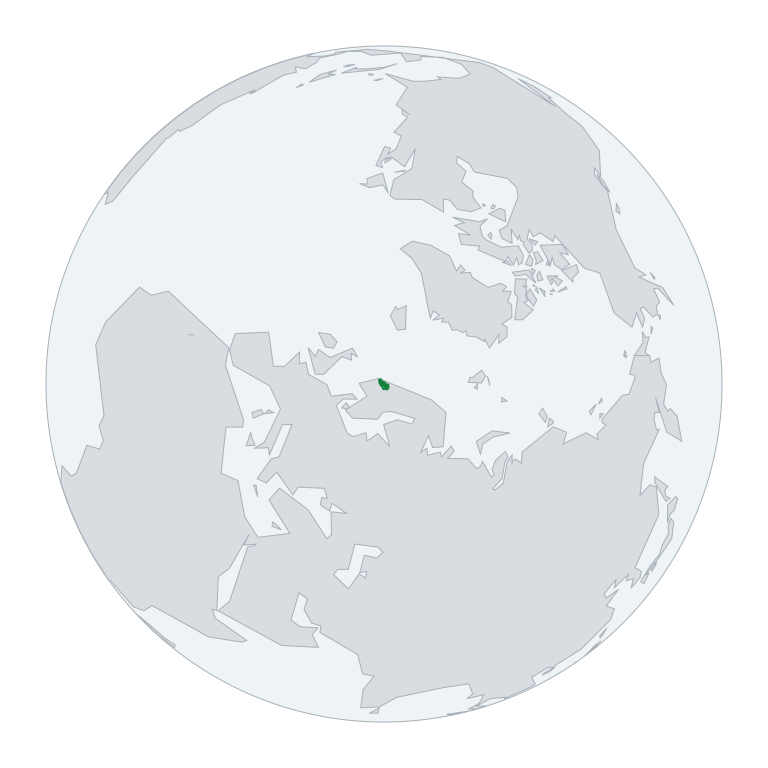 globe centered on Møre og Romsdal, rotated 80°
{"feature_id": "NOR-910", "entity_name": "Møre og Romsdal", "entity_type": "County", "adm_level": 1, "iso_a3": "NOR", "parent_name": "Norway", "parent_adm1": "", "projection": "orthographic", "projection_center": [7.305, 62.718], "detail": "fine", "context": "on_globe", "style": "filled", "palette": "green", "viewbox_px": 768, "rotation_deg": 80, "n_neighbors": 0, "source": "natural_earth", "source_scale": "10m", "svg_char_len": 15464}
<svg xmlns="http://www.w3.org/2000/svg" viewBox="0 0 768 768"><g transform="rotate(80 384 384)"><circle cx="384" cy="384" r="338" fill="#eef3f6" stroke="#a8b0b8"/><path d="M46.3,396.2L48.4,402.7L50.7,385.0L50.7,376.2L48.9,373.9L51.6,342.0L56.3,323.9L84.1,234.1L91.2,221.8L97.9,214.4L140.7,166.8L106.6,198.8L116.8,184.9L131.3,169.6L130.9,172.2L150.8,156.6L164.6,144.1L191.6,131.4L216.5,134.6L207.5,139.4L214.5,140.1L226.3,134.3L232.4,130.4L272.6,128.5L313.0,116.9L322.0,107.2L323.0,114.4L337.4,92.8L356.9,84.9L337.2,97.7L336.9,102.0L351.3,98.3L354.1,102.0L362.7,102.5L364.8,107.5L353.1,115.2L354.3,118.7L364.4,115.9L372.9,119.5L357.9,123.0L371.1,129.9L354.0,145.0L312.2,152.2L304.8,166.5L267.4,190.1L273.0,192.7L262.3,204.0L264.8,211.5L257.1,214.2L265.7,217.9L272.2,214.0L278.2,214.5L280.2,218.6L270.8,222.7L268.4,221.2L266.8,224.5L261.2,224.8L265.1,227.1L253.5,231.8L267.9,233.5L261.1,242.5L252.6,244.0L249.8,235.5L223.0,219.4L213.5,219.1L203.0,226.7L190.9,258.2L182.0,261.6L172.5,272.4L179.1,274.0L188.8,266.3L198.7,272.5L209.4,262.8L215.0,264.1L227.5,258.0L229.5,268.1L224.7,281.4L214.5,287.2L212.1,293.4L225.0,295.6L209.0,314.5L203.8,341.2L199.3,345.4L184.6,338.9L176.5,318.9L157.5,312.3L173.7,326.1L162.0,337.1L161.7,343.1L164.6,348.3L170.6,348.0L167.4,354.0L150.2,342.1L152.8,336.5L158.3,340.2L154.4,331.0L142.7,324.0L137.7,330.5L125.3,314.4L121.5,319.1L116.8,318.4L123.5,311.9L111.1,323.6L95.8,309.3L78.5,329.0L91.2,302.1L93.1,288.9L93.9,275.0L90.9,277.9L96.1,256.8L93.7,245.2L82.6,252.2L72.6,269.1L67.9,290.8L71.3,291.5L70.6,305.9L60.9,310.2L58.0,339.6L52.5,348.4L50.2,362.3L51.3,374.3L51.7,391.0L55.4,394.2L60.0,406.3L56.4,416.2L61.8,416.2L62.4,429.6L73.6,460.1L71.8,459.9L80.8,496.7L96.3,528.6L99.8,541.6L97.4,542.5L104.1,552.9L104.3,555.7L136.0,595.2L156.6,619.0L158.8,627.2L147.3,622.3L148.6,626.5L130.8,607.8L114.5,587.8L99.7,566.6L86.6,544.4L75.2,521.2L65.6,497.3L57.9,472.6L52.1,447.5L48.2,422.0L46.3,396.2ZM73.4,333.2L70.5,372.0L67.3,355.7L68.8,357.5L70.6,346.3L72.2,328.7L70.7,315.2L73.4,333.2ZM82.9,337.5L83.0,331.6L83.6,336.7L82.9,337.5ZM234.6,128.2L226.3,133.8L214.6,137.9L221.2,132.7L234.6,128.2ZM257.3,122.1L254.2,125.5L246.7,123.8L250.8,122.3L257.3,122.1ZM327.8,99.8L320.4,102.5L326.6,98.7L327.8,99.8ZM363.5,101.8L364.7,99.9L368.7,101.0L363.5,101.8ZM225.6,253.0L226.5,255.4L223.7,255.3L225.6,253.0ZM230.1,248.1L226.2,246.1L227.8,243.5L230.1,244.8L230.1,248.1ZM375.5,109.8L381.5,112.4L373.4,111.0L375.5,109.8ZM234.6,251.1L231.0,239.2L233.9,234.8L245.4,235.9L234.6,251.1ZM383.6,114.8L398.3,121.4L402.2,117.7L399.4,132.5L387.9,121.6L377.3,120.4L383.6,118.3L383.6,114.8ZM273.4,211.0L266.6,215.3L270.4,207.9L273.4,211.0ZM274.4,206.2L277.6,183.9L288.7,180.0L285.4,188.1L298.3,180.3L302.2,189.3L296.0,195.6L288.0,196.3L295.5,199.3L274.4,206.2ZM395.6,139.9L397.4,142.8L393.2,141.2L395.6,139.9ZM280.8,214.1L280.5,209.8L290.1,206.0L292.6,214.0L288.7,212.6L280.8,214.1ZM299.8,174.0L307.4,172.8L312.6,179.7L316.3,180.3L303.2,189.2L299.8,174.0ZM287.5,215.6L293.6,218.2L290.9,223.9L281.8,218.1L287.5,215.6ZM291.6,201.7L296.3,200.4L294.5,203.7L291.6,201.7ZM284.9,246.0L284.2,240.6L289.2,238.1L284.9,246.0ZM296.0,218.8L296.9,216.9L298.8,215.4L302.1,218.3L296.0,218.8ZM307.8,193.6L308.4,196.9L313.4,190.3L317.5,195.5L308.1,200.6L313.9,200.6L315.1,202.2L306.0,204.6L307.8,193.6ZM311.2,216.8L300.6,225.5L300.6,235.9L296.2,238.3L296.9,221.2L311.2,216.8ZM308.9,209.4L309.3,214.5L303.6,214.7L299.9,211.4L308.9,209.4ZM323.7,197.2L319.8,187.9L322.0,187.2L323.7,197.2ZM312.3,219.7L314.8,217.6L313.0,220.4L312.3,219.7ZM321.5,204.0L319.8,200.7L322.4,199.9L321.5,204.0ZM321.3,216.1L317.9,218.8L315.2,216.6L321.3,216.1ZM322.3,210.5L326.2,210.2L316.3,214.2L321.1,209.2L322.3,210.5ZM324.1,203.8L325.1,202.2L324.5,205.2L324.1,203.8ZM333.4,223.2L321.6,228.8L315.7,223.7L328.0,219.0L333.4,223.2ZM720.5,352.7L720.7,355.2L719.4,352.1L718.7,357.6L715.1,345.8L707.3,339.6L708.3,356.9L704.6,350.4L694.0,352.5L693.3,377.3L694.8,425.9L701.1,444.7L698.9,463.1L681.3,457.7L670.0,444.4L665.7,455.5L645.8,456.9L617.5,490.3L611.6,488.0L606.7,496.9L592.3,501.9L582.6,496.7L574.8,503.9L600.3,516.6L608.5,508.7L612.6,491.4L618.4,498.1L632.0,494.3L623.7,530.2L578.6,586.7L571.2,573.8L520.9,546.6L520.7,539.9L520.3,539.3L519.5,538.3L518.1,550.0L508.4,542.8L538.6,568.2L545.0,580.6L578.1,588.0L575.7,592.2L585.4,590.8L612.8,563.7L613.6,568.7L602.6,600.6L562.0,650.8L565.6,659.9L559.8,669.5L530.7,687.1L529.5,689.0L524.7,691.2L500.7,701.1L476.1,709.1L450.9,715.2L425.3,719.4L408.5,715.3L420.4,708.2L418.5,702.5L392.8,687.2L398.7,675.3L391.0,670.3L375.7,671.9L366.5,665.2L357.0,664.7L295.2,661.1L274.7,647.4L246.2,608.0L256.2,597.7L255.1,580.3L321.2,530.7L338.5,536.9L394.3,528.6L401.9,530.6L398.9,547.1L443.6,559.9L453.8,544.6L490.8,544.2L513.1,534.8L514.8,502.6L478.2,517.4L468.4,505.0L494.9,480.5L526.4,467.1L523.5,461.9L500.7,458.3L504.9,443.4L492.4,455.9L499.7,459.6L492.1,467.7L485.0,465.0L486.7,459.7L476.4,460.9L470.6,486.5L477.4,493.0L452.1,505.0L461.0,517.1L455.2,525.3L438.1,508.0L437.5,500.0L408.0,481.6L406.4,491.0L434.0,509.2L426.7,508.9L424.7,522.6L420.5,511.9L390.7,490.3L365.9,497.0L339.5,529.1L323.9,530.3L308.6,521.8L313.0,488.6L347.3,489.8L349.3,478.8L338.0,461.7L349.4,463.8L349.0,457.2L361.5,456.6L374.8,440.3L386.9,438.0L388.0,417.0L394.3,413.1L391.8,426.5L396.6,434.8L426.1,428.7L430.5,423.2L428.9,410.3L437.2,410.5L431.8,398.8L446.7,389.1L424.0,391.4L421.5,377.1L428.2,363.6L423.3,359.5L412.3,381.5L411.6,390.0L417.6,396.5L412.1,421.0L402.9,426.4L393.1,402.9L379.0,408.3L377.6,388.3L408.0,340.0L422.8,327.9L456.0,336.7L455.0,347.1L442.5,349.0L457.8,359.9L454.7,352.9L461.7,353.4L461.0,340.4L465.8,340.2L456.8,328.4L462.7,326.7L468.3,334.2L472.3,314.2L483.4,307.6L482.0,303.2L477.3,300.5L494.5,294.3L492.7,291.4L486.3,292.3L478.5,287.2L471.5,276.1L477.9,274.6L481.3,278.3L497.9,284.3L506.0,295.1L507.8,293.4L502.4,283.7L482.1,276.3L476.1,270.1L485.9,272.1L481.9,270.9L480.9,267.3L485.8,262.5L475.1,259.8L455.5,224.8L463.1,212.6L474.1,217.8L467.1,193.4L476.2,182.5L470.3,183.2L463.0,172.6L460.1,175.8L456.7,175.4L436.5,151.0L436.7,144.5L421.4,135.8L418.3,136.2L417.3,140.5L399.4,132.5L402.2,117.7L408.9,117.2L406.1,108.7L421.8,109.1L433.5,105.9L452.4,112.1L460.0,109.4L457.9,106.4L466.8,100.9L492.0,100.8L480.5,113.9L444.4,119.0L459.9,117.8L459.0,122.1L466.2,124.3L476.9,123.5L476.5,120.8L507.2,142.1L538.1,151.2L529.5,139.5L532.7,133.6L560.4,136.1L608.5,168.7L613.1,163.2L619.1,165.5L627.5,175.7L619.1,172.5L620.0,179.6L614.0,176.6L624.7,192.6L616.6,189.0L628.9,203.7L633.4,202.0L627.0,188.8L641.2,203.7L645.4,196.2L655.2,201.5L679.3,235.8L690.0,262.3L692.6,266.1L691.9,272.4L698.5,289.5L705.5,287.1L707.8,292.1L715.0,320.3L713.8,317.3L712.3,333.9L717.3,349.2L718.7,339.6L719.3,342.1L720.5,352.7ZM302.5,562.2L301.7,567.8L302.5,562.2ZM562.8,466.7L579.6,454.7L566.6,441.5L572.0,435.9L565.6,433.7L565.6,440.6L549.1,433.0L554.3,421.5L549.5,414.3L543.6,418.1L536.6,440.5L560.2,451.3L558.6,462.0L562.8,466.7ZM74.1,460.9L75.0,466.4L72.9,461.6L74.1,460.9ZM64.4,357.2L65.0,363.9L64.5,368.8L63.6,364.3L64.4,357.2ZM75.4,411.4L77.2,419.4L74.2,412.7L75.4,411.4ZM70.7,377.9L73.8,405.2L68.1,393.2L66.6,376.1L69.1,385.6L70.7,377.9ZM77.6,340.0L77.4,344.7L75.7,345.3L77.6,340.0ZM83.3,341.3L83.0,339.9L84.1,336.5L83.3,341.3ZM163.0,337.8L164.3,338.9L166.2,344.8L163.0,343.4L163.0,337.8ZM188.1,364.1L182.4,373.3L184.3,365.6L178.8,365.1L175.9,348.6L196.8,346.7L187.8,350.3L188.1,364.1ZM177.9,326.8L177.3,337.0L177.1,325.9L177.9,326.8ZM334.4,422.9L340.0,427.5L337.3,435.3L321.9,439.5L325.8,428.2L334.4,422.9ZM348.6,432.5L343.2,408.7L352.5,405.5L348.2,411.3L354.9,411.6L349.8,420.9L364.0,441.7L362.4,450.0L335.0,452.5L344.8,446.9L338.7,442.5L348.6,432.5ZM313.0,357.7L310.8,348.5L333.8,353.4L333.3,361.5L318.0,365.9L309.7,358.9L313.0,357.7ZM255.5,256.0L253.2,252.9L255.7,251.7L259.9,253.3L255.5,256.0ZM284.2,243.6L268.4,268.1L264.9,265.8L259.9,283.6L248.8,284.5L252.4,272.9L240.1,287.1L238.9,277.0L231.6,287.5L240.8,261.6L239.3,253.4L245.3,262.1L255.5,261.3L259.5,258.6L269.6,244.9L271.3,227.6L281.8,224.5L288.7,227.0L289.9,230.7L282.7,231.4L289.4,235.9L280.0,239.8L284.2,243.6ZM363.8,263.9L355.0,262.1L366.9,273.8L357.5,276.9L359.5,278.0L354.1,284.3L350.9,294.0L346.1,294.1L347.0,297.9L343.4,302.2L342.9,307.5L334.2,309.7L332.9,316.4L329.5,313.6L329.7,324.8L325.6,317.5L320.6,322.8L327.2,327.0L281.2,328.0L265.0,334.7L253.7,344.6L248.3,331.4L255.4,314.1L269.1,297.2L285.5,292.9L280.1,288.0L286.3,284.5L288.0,289.8L289.1,279.7L294.7,278.4L306.9,264.7L305.1,251.4L309.5,246.3L313.0,250.9L314.9,242.6L324.5,247.9L327.9,244.5L340.7,246.5L345.5,257.7L348.9,253.0L358.8,254.6L363.8,263.9ZM336.9,224.1L344.8,236.2L343.5,244.1L321.7,237.4L317.3,239.8L303.3,236.3L305.5,225.1L309.3,227.1L313.5,226.4L311.1,230.2L316.2,226.7L321.6,229.5L326.9,227.6L328.0,232.0L336.9,224.1ZM408.4,523.6L413.8,523.6L421.9,521.6L420.8,530.4L408.4,523.6ZM387.8,509.3L392.5,507.8L394.8,518.8L389.1,519.0L387.8,509.3ZM393.0,497.8L392.5,506.8L389.4,502.1L393.0,497.8ZM395.9,424.5L400.6,422.2L401.9,425.1L400.2,429.9L395.9,424.5ZM397.1,300.7L392.3,298.1L393.2,295.9L387.3,285.5L393.8,282.6L399.9,287.7L397.1,300.7ZM509.8,510.5L504.6,519.0L500.6,517.7L503.2,515.0L509.8,510.5ZM461.5,527.6L473.5,527.9L461.0,530.0L461.5,527.6ZM403.2,295.8L400.1,291.8L405.3,292.9L403.2,295.8ZM398.3,280.0L404.1,280.1L393.9,281.0L398.3,280.0ZM567.8,667.6L579.9,657.1L595.9,644.4L604.7,635.0L607.1,636.0L591.2,650.9L567.8,667.6ZM721.8,374.2L720.2,379.7L720.5,368.9L720.8,357.0L721.8,374.2ZM702.1,444.9L707.3,447.1L705.5,455.0L702.1,444.9ZM692.2,245.4L690.7,242.2L690.9,242.6L692.2,245.4ZM684.6,229.8L685.8,232.1L686.5,233.7L684.6,229.8ZM695.9,270.2L698.2,278.8L696.6,277.0L692.6,265.1L695.9,270.2ZM662.7,206.6L668.9,212.0L671.5,215.2L669.6,215.4L662.7,206.6ZM454.2,268.3L455.2,285.8L460.2,297.1L469.8,301.2L456.7,303.2L449.0,285.7L454.2,268.3ZM454.7,230.2L446.3,227.2L449.5,223.9L451.9,224.1L454.7,230.2ZM449.9,231.6L440.4,236.7L435.4,232.0L443.9,228.9L449.9,231.6ZM422.1,265.9L421.9,271.2L417.7,270.1L422.1,265.9ZM679.9,220.8L685.3,231.5L678.1,221.7L674.6,214.8L681.5,224.7L679.0,219.2L679.9,220.8ZM614.9,152.8L611.6,152.3L606.4,146.3L610.1,148.3L614.9,152.8ZM586.3,127.5L603.9,144.6L617.4,159.4L616.6,156.2L625.8,162.6L623.3,165.6L608.7,152.8L599.6,142.3L591.6,138.4L580.9,129.9L573.0,128.9L566.2,124.9L570.6,122.7L586.3,127.5ZM569.9,129.0L552.3,125.6L545.5,116.1L547.9,114.7L558.8,120.1L561.8,124.8L569.9,129.0ZM546.1,122.1L548.7,126.7L528.3,134.3L522.4,133.6L534.3,122.2L537.4,126.0L543.6,126.0L546.1,122.1ZM400.3,141.3L397.6,142.7L398.1,139.9L400.3,141.3ZM455.2,177.5L450.7,176.4L451.4,173.0L455.2,177.5ZM438.6,171.9L440.9,176.4L435.8,172.2L438.6,171.9ZM446.7,186.7L440.6,178.5L450.2,185.4L446.7,186.7Z" fill="#d9dde1" stroke="#a8b0b8" stroke-width="1"/><path d="M378.9,388.1L379.0,388.0L379.1,387.7L379.3,387.8L379.2,387.6L378.8,387.5L378.7,387.4L378.8,387.1L379.4,387.2L379.5,387.5L379.5,387.3L379.5,387.2L379.8,387.1L380.0,387.0L380.2,387.5L380.0,387.9L380.0,388.1L380.2,387.7L380.3,387.4L380.5,387.6L380.5,387.8L380.7,387.7L381.0,387.7L381.4,387.9L380.6,387.6L380.4,387.1L380.2,387.0L380.2,386.8L380.5,387.0L380.4,386.9L380.3,386.7L380.5,386.4L381.3,386.0L381.5,386.6L381.7,386.8L381.9,387.2L381.9,387.4L381.9,387.6L382.0,387.4L381.8,386.7L381.6,386.4L381.5,386.1L381.5,385.9L381.8,385.9L382.0,386.1L382.0,385.9L381.9,385.8L382.3,385.6L382.8,385.8L382.8,386.1L383.1,386.6L383.2,387.1L383.0,387.5L383.5,387.5L383.2,387.6L383.3,387.2L383.2,386.7L383.3,386.6L383.5,386.6L383.7,386.8L383.9,386.6L384.0,386.6L384.3,386.9L384.2,386.6L383.6,386.5L383.2,386.4L382.9,386.1L383.1,386.0L382.8,385.6L382.5,385.5L382.6,385.4L382.3,385.4L381.8,385.7L381.5,385.7L381.3,385.5L381.1,385.6L381.4,385.4L381.7,385.3L382.3,385.3L382.1,385.2L381.7,385.2L382.0,385.1L381.9,385.1L381.2,385.1L381.2,384.9L381.2,384.7L381.9,384.6L382.0,384.7L382.1,384.9L382.1,384.6L382.5,384.4L382.9,384.7L382.9,384.8L382.9,384.7L383.0,384.6L382.9,384.4L383.0,384.4L383.4,384.4L383.4,384.5L383.5,385.1L383.6,384.8L383.5,384.7L384.2,384.7L384.3,385.0L384.6,385.0L384.6,385.3L384.7,385.2L385.3,384.8L385.2,384.8L384.5,384.9L384.3,384.7L384.4,384.4L384.5,384.5L384.5,384.8L384.6,384.6L384.6,384.4L384.8,384.1L385.4,383.9L385.9,383.9L386.3,384.1L386.2,384.0L386.1,383.9L386.0,383.7L384.9,383.9L384.5,384.2L384.2,384.2L384.3,384.0L384.2,383.9L384.4,383.7L385.0,383.5L384.8,383.5L384.0,383.8L383.1,384.0L383.0,383.9L383.1,383.7L383.2,383.4L383.3,383.4L383.8,383.4L383.5,383.2L383.2,383.3L383.1,383.0L383.0,382.9L382.9,382.9L383.4,382.4L383.9,382.3L384.3,382.6L384.4,382.8L384.5,382.9L385.0,382.5L385.3,382.5L385.2,382.7L385.0,382.8L385.4,382.6L385.6,382.6L385.8,382.5L386.1,382.6L386.2,382.8L386.2,383.1L386.3,383.4L386.4,383.5L386.7,383.6L387.0,383.9L387.3,384.0L387.4,384.3L387.4,384.2L386.8,383.5L386.5,383.4L386.4,383.2L386.4,382.8L386.3,382.6L385.9,382.3L385.8,382.2L385.7,382.2L385.8,382.3L385.5,382.3L385.7,382.0L385.8,381.8L386.1,381.7L386.2,381.9L386.2,382.0L386.3,382.2L386.5,382.3L386.7,382.5L386.8,382.6L386.7,382.6L386.8,382.8L386.8,383.0L387.2,383.2L387.3,383.2L387.0,382.9L387.4,383.0L387.6,383.2L387.8,383.3L387.5,383.0L387.2,382.9L387.0,382.6L387.6,382.5L387.7,382.4L387.3,382.4L387.4,382.2L387.2,382.3L386.9,382.5L386.7,382.3L387.1,382.2L386.5,382.2L386.5,381.9L386.3,381.6L386.6,381.8L386.7,381.7L386.5,381.4L387.3,381.5L387.6,381.7L387.4,381.5L387.4,381.4L387.5,381.2L388.1,381.1L388.1,381.3L388.1,381.5L388.3,381.5L388.6,381.4L389.1,381.4L389.1,381.1L389.6,381.0L389.8,381.9L390.1,382.1L389.8,382.5L389.7,382.6L389.8,382.9L389.7,383.2L388.4,383.8L388.4,384.0L389.1,384.7L389.3,384.8L389.1,385.7L388.9,385.9L388.5,386.0L388.2,385.9L387.0,386.0L386.3,386.2L386.1,386.7L386.0,387.0L385.8,387.1L385.7,387.1L385.4,387.0L385.2,387.1L384.8,387.5L384.5,387.6L384.1,387.9L383.5,388.0L383.2,388.2L382.6,388.4L382.3,387.9L382.2,387.8L381.6,388.1L381.3,388.4L381.1,388.3L380.9,388.2L380.7,388.4L380.2,388.2L379.8,388.3L379.6,388.3L379.2,388.4L378.9,388.2L378.9,388.1ZM388.2,381.0L387.5,381.1L387.4,380.8L387.1,380.6L387.8,380.3L387.9,380.2L387.7,380.2L387.5,379.9L387.9,379.8L388.0,380.0L388.3,380.2L388.2,381.0ZM385.6,380.3L385.8,380.3L385.3,380.1L385.2,379.9L385.6,379.8L385.8,379.5L386.0,379.5L386.2,379.8L386.3,379.9L386.3,380.0L386.2,380.3L385.8,380.5L385.8,380.4L385.6,380.3ZM384.9,382.0L385.1,382.3L384.9,382.4L384.6,382.7L384.4,382.5L384.2,382.5L384.2,382.4L384.3,382.2L384.5,381.9L384.5,382.0L384.8,381.9L384.7,381.6L384.9,381.7L384.9,382.0ZM380.3,385.7L380.4,386.0L380.6,386.2L380.1,386.7L379.9,386.7L380.0,386.5L380.0,386.3L379.9,386.1L379.9,385.9L380.1,385.7L380.3,385.7ZM379.7,386.5L379.9,386.6L379.9,386.8L379.6,387.1L379.2,387.0L379.0,386.8L379.3,386.8L379.1,386.7L379.6,386.4L379.7,386.5ZM387.0,380.6L387.4,381.1L387.4,381.3L386.8,381.3L386.5,380.9L386.6,380.7L386.7,380.8L386.8,380.7L386.9,381.0L386.9,380.9L386.9,380.7L387.0,380.6ZM386.1,380.9L386.3,381.1L386.4,381.4L385.9,381.5L385.7,381.3L386.1,380.9L386.1,380.9ZM382.8,383.8L383.0,384.0L382.9,384.1L382.3,384.4L382.3,384.2L382.2,384.2L382.3,384.1L382.3,383.9L382.5,384.0L382.8,383.8ZM385.3,381.9L385.6,381.7L385.6,381.8L385.5,382.1L385.3,382.2L385.0,382.0L385.1,381.8L385.3,381.9ZM381.2,385.7L381.3,385.7L381.3,385.8L380.9,385.9L380.7,385.8L380.5,385.6L381.0,385.6L381.2,385.7ZM382.7,383.3L383.0,383.2L383.0,383.3L382.9,383.5L382.6,383.4L382.6,383.2L382.7,383.3ZM386.5,381.0L386.7,381.3L386.4,381.4L386.3,381.1L386.5,381.0ZM379.4,386.3L379.3,386.2L379.6,386.1L379.7,386.3L379.5,386.2L379.4,386.3ZM379.3,386.2L379.1,386.2L379.3,386.1L379.3,386.2Z" fill="#22c55e" stroke="#15803d" stroke-width="1.5"/></g></svg>